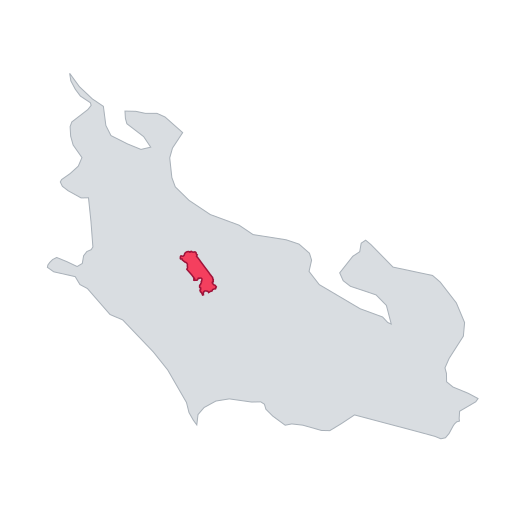 Paraiso, Cartago, Costa Rica shown in context, rotated 175°
{"feature_id": "36466004B34064705280782", "entity_name": "Paraiso", "entity_type": "district", "adm_level": 2, "iso_a3": "CRI", "parent_name": "Costa Rica", "parent_adm1": "Cartago", "projection": "orthographic", "projection_center": [-83.78, 9.73], "detail": "fine", "context": "in_parent", "style": "filled", "palette": "rose", "viewbox_px": 512, "rotation_deg": 175, "n_neighbors": 0, "source": "geoboundaries", "source_scale": "gbopen_adm2", "svg_char_len": 6246}
<svg xmlns="http://www.w3.org/2000/svg" viewBox="0 0 512 512"><g transform="rotate(175 256 256)"><path d="M464.8,262.9L464.1,265.2L461.9,267.7L458.9,270.2L454.7,271.9L444.8,266.8L435.1,261.1L429.7,263.7L427.7,271.3L424.1,275.2L419.6,276.7L417.7,279.2L417.4,304.7L417.8,328.6L425.2,329.1L437.5,337.4L442.8,342.3L444.5,346.8L443.0,349.1L434.0,354.3L425.2,361.0L420.8,369.2L428.5,382.5L430.2,391.6L429.9,401.1L427.8,405.6L410.8,416.5L407.1,420.4L407.6,423.1L417.0,430.6L421.5,437.9L425.2,446.6L425.7,454.2L417.2,440.1L405.3,426.7L395.0,418.4L394.2,399.1L390.0,388.6L374.5,379.0L361.3,372.2L351.4,373.6L357.5,384.7L373.1,399.0L374.1,404.4L373.9,411.8L363.1,410.6L353.7,407.7L342.2,406.7L334.5,402.4L318.3,385.3L329.8,370.8L333.4,361.3L333.0,341.5L330.4,331.9L317.9,317.3L298.0,301.3L270.2,288.2L257.1,277.6L224.5,269.5L212.1,264.1L202.5,254.1L201.0,247.0L204.5,236.0L195.5,222.0L156.9,194.4L135.2,184.2L130.6,178.3L127.2,176.4L130.4,195.4L139.8,206.8L164.6,217.6L171.3,223.8L174.1,231.9L159.6,247.3L152.3,251.2L150.1,259.6L145.4,262.2L140.5,257.3L120.5,233.0L81.8,221.2L74.8,214.0L60.5,191.8L54.0,171.5L56.4,158.1L72.5,137.2L77.5,128.1L76.5,122.4L77.1,114.1L71.2,108.3L56.5,100.7L47.2,94.6L49.8,91.6L66.7,83.6L67.8,76.3L67.7,73.8L70.5,73.3L72.9,71.4L74.5,69.4L79.1,62.4L83.1,58.4L87.8,57.8L93.4,60.7L114.6,68.5L138.2,77.0L171.7,89.1L185.7,81.5L197.7,75.6L206.0,76.5L224.1,83.4L235.0,85.6L241.7,84.9L253.2,95.0L259.5,102.5L260.5,107.6L264.0,110.3L273.1,110.9L295.1,116.0L308.6,115.0L320.9,109.6L327.6,103.1L329.7,92.9L332.8,98.0L336.4,105.9L338.0,116.1L353.9,150.2L366.6,169.3L394.4,204.0L406.5,210.4L426.8,238.3L433.9,242.9L437.9,251.2L458.9,257.9L464.8,262.9Z" fill="#d9dde1" stroke="#a8b0b8" stroke-width="1"/><path d="M330.7,262.7L331.3,262.1L331.4,261.5L331.4,261.4L331.5,261.2L331.5,260.7L331.6,260.4L331.6,260.0L331.5,259.8L331.4,259.6L331.2,259.6L330.4,259.6L330.0,259.4L329.9,259.4L329.9,259.1L329.8,258.8L329.8,258.5L329.6,258.3L329.4,258.1L329.1,257.9L328.9,257.8L328.8,257.6L328.5,257.2L327.8,256.7L327.6,256.5L327.4,256.2L327.2,256.0L326.8,255.9L326.7,255.9L326.5,255.7L326.2,255.6L325.9,255.3L325.6,255.0L325.5,254.8L325.3,254.3L325.2,254.1L325.0,253.8L325.0,253.4L325.1,253.1L325.3,252.0L325.3,251.7L325.2,251.5L325.2,251.2L325.2,250.6L325.2,250.3L325.3,250.0L325.4,249.9L325.7,249.3L325.8,249.3L325.9,249.1L326.0,249.0L326.1,248.8L321.9,243.1L321.3,242.2L320.5,240.8L320.2,240.6L320.1,240.2L319.9,239.9L319.9,239.3L319.5,239.3L319.3,239.2L319.2,239.1L319.3,238.6L319.5,238.5L319.7,238.4L319.8,238.2L320.0,238.0L320.0,237.9L320.1,237.4L319.7,237.3L319.6,237.2L319.4,237.1L319.1,237.1L318.7,237.2L318.4,237.1L318.2,237.2L317.9,237.1L317.7,237.1L317.2,237.0L316.9,237.0L316.6,237.2L316.6,237.3L316.4,237.5L316.2,237.6L316.1,237.8L316.0,238.0L315.9,238.2L315.7,238.3L315.5,238.5L315.4,238.7L315.2,238.7L315.2,238.8L315.0,238.7L314.7,238.8L314.3,238.7L314.2,238.8L313.9,238.9L313.6,239.0L313.2,238.8L312.5,238.7L312.3,238.6L312.1,238.3L311.9,238.1L311.9,237.8L311.9,237.6L311.9,237.3L312.0,236.9L312.2,236.5L312.3,236.0L312.3,235.8L312.5,235.6L312.7,235.4L312.8,235.3L312.7,235.0L312.7,234.8L312.7,234.5L312.8,234.4L313.0,233.8L313.3,233.5L313.4,233.4L313.6,232.7L313.8,232.6L314.0,232.4L314.1,232.2L314.3,232.1L314.5,231.9L314.7,231.7L314.7,231.2L314.8,231.0L314.8,230.9L314.8,230.7L314.9,230.3L314.9,230.0L314.9,229.7L314.6,229.4L314.1,229.2L313.9,229.1L313.8,228.9L313.9,228.7L314.2,228.7L314.1,228.3L314.0,228.0L314.0,227.8L314.1,227.5L314.1,227.4L314.6,227.2L314.8,226.9L314.8,226.5L314.8,226.4L314.7,226.2L314.5,225.6L314.5,225.2L314.4,225.1L314.3,225.3L314.2,225.3L314.2,225.2L314.1,224.9L313.8,224.6L313.7,224.5L313.6,224.4L313.5,224.1L313.4,224.0L313.3,223.7L313.2,223.5L313.1,223.2L312.8,222.8L312.8,222.6L312.8,222.2L312.6,221.8L312.6,221.7L312.5,221.3L312.5,221.1L312.4,221.3L312.4,221.7L312.4,222.1L312.2,222.4L312.2,222.5L311.9,222.6L312.0,222.8L312.1,223.0L311.8,223.1L311.7,223.0L311.7,223.3L311.8,223.5L311.8,223.8L311.7,223.9L311.6,224.0L311.4,224.3L311.3,224.7L311.0,224.8L310.9,225.1L310.5,225.4L310.4,225.5L310.1,225.6L309.1,225.6L308.1,225.3L307.8,225.2L307.2,225.1L306.9,224.8L306.7,224.5L306.6,224.2L306.4,223.8L306.1,224.1L305.7,224.1L305.4,224.1L304.9,224.6L304.7,224.7L304.5,224.8L304.2,224.8L303.8,224.9L303.6,224.9L303.3,224.8L303.2,224.8L302.9,225.0L302.7,225.2L302.6,225.5L302.5,225.8L302.4,225.9L302.3,226.1L302.1,226.3L301.7,226.5L301.4,226.5L301.2,226.5L300.8,226.7L300.7,226.8L300.4,226.9L300.1,226.9L299.7,226.8L299.2,226.8L299.1,227.0L298.9,227.3L298.9,227.5L299.0,227.6L298.9,228.1L298.7,228.3L298.4,228.4L298.4,228.5L298.2,228.7L298.6,229.4L298.7,229.5L298.9,229.7L299.0,229.8L299.2,230.3L299.9,230.7L300.4,230.9L300.6,231.0L301.2,231.8L301.6,232.6L301.8,232.8L301.9,233.0L301.9,233.3L301.7,233.6L301.7,233.8L301.4,233.9L301.2,233.7L301.0,233.9L300.9,234.0L300.8,234.4L300.7,234.6L300.8,234.9L300.9,235.0L300.7,235.7L300.7,235.8L300.8,235.8L300.9,236.1L300.8,236.5L300.7,236.6L301.0,236.9L301.1,237.1L301.1,237.3L301.1,237.6L301.1,238.0L301.1,238.4L301.1,238.5L301.3,238.7L301.5,239.0L301.9,239.5L302.3,240.2L302.4,240.4L302.8,240.9L302.8,241.0L303.0,241.1L304.1,243.1L304.9,244.4L306.0,246.2L307.4,248.4L311.7,255.4L312.8,257.3L313.4,258.2L314.3,259.7L314.5,259.7L314.6,259.8L314.7,260.2L314.9,260.5L315.0,260.6L315.3,260.9L315.3,261.0L315.1,261.3L314.9,261.5L314.8,261.9L314.7,262.1L314.5,262.3L314.8,262.6L315.1,263.0L315.4,263.4L315.4,263.7L315.4,264.0L315.4,264.5L315.5,264.6L315.7,264.9L315.9,265.1L316.1,265.3L316.3,265.3L316.5,265.3L316.8,265.4L317.0,265.5L317.3,265.5L317.5,265.3L318.1,265.3L318.5,265.3L319.2,265.6L319.5,266.0L319.9,266.2L320.0,266.3L320.3,266.3L320.4,266.1L320.5,266.0L320.9,266.0L321.1,266.0L321.1,265.9L321.1,265.7L321.3,265.7L321.6,265.6L321.8,265.6L322.0,265.9L322.4,266.1L322.6,266.3L322.8,266.3L323.0,266.4L323.3,266.4L323.6,266.3L323.7,266.2L323.9,266.2L324.2,266.3L324.3,266.3L325.5,265.8L325.7,265.6L326.0,265.5L326.1,265.4L326.5,265.0L326.6,264.8L326.8,264.6L326.9,264.3L327.1,264.1L327.2,263.7L327.3,263.3L327.4,263.1L327.5,263.0L327.6,262.9L327.9,262.7L328.2,262.4L328.3,262.3L328.5,262.3L328.6,262.2L328.9,262.2L329.1,262.2L329.6,262.2L329.8,262.4L330.0,262.5L330.3,262.6L330.5,262.6L330.7,262.7Z" fill="#f43f5e" stroke="#9f1239" stroke-width="1.5"/></g></svg>